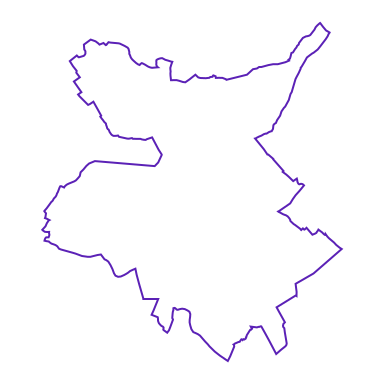 Beius, Bihor, Romania (Mercator projection)
{"feature_id": "2599482B17721412870044", "entity_name": "Beius", "entity_type": "district", "adm_level": 2, "iso_a3": "ROU", "parent_name": "Romania", "parent_adm1": "Bihor", "projection": "mercator", "projection_center": [22.351, 46.679], "detail": "fine", "context": "isolated", "style": "outline", "palette": "violet", "viewbox_px": 384, "rotation_deg": 0, "n_neighbors": 0, "source": "geoboundaries", "source_scale": "gbopen_adm2", "svg_char_len": 5845}
<svg xmlns="http://www.w3.org/2000/svg" viewBox="0 0 384 384"><path d="M230.2,356.3L234.2,346.6L234.0,344.9L233.6,344.5L234.2,344.2L234.8,343.6L238.5,342.0L239.7,341.8L240.1,341.1L240.8,340.1L241.4,339.3L242.4,339.5L242.7,340.0L243.5,339.2L244.4,339.5L245.7,338.6L245.9,338.1L245.9,337.3L246.3,337.1L246.8,335.2L249.5,330.9L250.2,329.9L250.8,329.9L251.6,328.9L252.1,328.7L252.2,328.1L251.8,327.8L251.3,327.6L250.8,326.6L256.9,327.4L258.4,326.9L259.3,326.9L260.4,326.4L260.9,326.3L261.3,326.4L265.1,333.2L269.3,340.9L276.2,354.0L281.0,349.8L285.5,346.2L286.4,344.9L286.7,343.4L284.8,332.1L284.3,328.2L283.2,326.9L283.0,325.8L283.4,323.9L284.9,322.3L279.1,311.9L276.6,307.3L295.7,295.5L296.5,296.0L296.5,295.8L296.6,291.9L295.6,283.8L313.5,273.5L341.7,249.0L339.4,247.5L336.2,244.9L334.0,242.5L328.9,238.2L327.3,236.5L325.6,234.1L325.5,234.9L325.1,235.0L324.0,234.3L323.6,233.9L321.9,232.2L320.9,231.5L318.4,229.6L317.9,230.6L317.0,231.7L316.3,232.9L314.9,233.7L312.4,234.7L307.1,228.5L306.5,227.8L305.6,228.7L304.5,229.6L304.2,229.6L302.9,228.4L301.2,230.0L300.8,229.6L300.2,228.8L295.0,224.9L293.7,224.1L290.5,221.1L290.2,220.4L290.2,219.8L290.0,219.4L289.3,218.3L288.4,217.2L287.7,216.4L286.6,215.7L286.0,215.3L284.5,214.8L283.0,214.2L280.0,212.5L278.7,211.9L278.2,211.5L279.0,211.1L290.2,203.4L292.9,199.0L295.6,195.2L299.3,191.1L304.0,185.4L303.1,184.5L302.4,184.1L301.7,183.9L300.9,183.8L299.5,184.3L299.0,184.2L298.5,183.8L297.9,182.9L297.4,181.6L297.2,180.0L296.8,178.6L293.2,181.1L288.7,176.7L286.2,174.5L282.7,171.9L283.5,171.0L273.2,159.3L273.3,158.9L268.2,154.5L267.4,154.5L263.9,149.3L255.1,138.5L256.2,138.2L256.6,137.8L259.0,136.6L261.5,135.6L263.8,134.2L265.6,133.6L266.6,133.6L268.9,132.1L271.3,131.2L271.7,131.2L273.0,128.9L273.4,125.2L274.4,123.9L275.9,123.0L277.1,120.1L280.1,115.7L281.5,111.4L283.9,107.9L285.2,106.6L288.8,100.0L290.5,94.1L291.7,92.1L295.5,79.1L296.6,76.9L298.7,73.0L300.7,68.6L300.7,67.7L301.6,66.7L305.1,60.8L306.9,57.5L308.3,56.4L312.3,53.4L313.5,52.8L317.7,49.5L320.2,46.4L325.7,39.2L327.6,36.3L328.6,34.0L329.2,33.3L329.6,32.5L326.3,30.6L326.0,30.4L323.0,26.8L320.3,23.2L320.1,23.0L319.2,23.7L317.3,25.4L315.6,27.3L314.5,29.6L310.3,35.0L309.3,35.6L307.7,36.1L305.9,36.4L302.9,37.9L299.0,43.0L298.7,44.5L297.1,45.9L296.4,47.5L295.1,49.0L293.0,52.4L291.4,53.0L290.6,56.4L289.9,58.7L288.5,59.7L289.1,60.6L285.4,62.2L277.8,64.2L273.1,64.2L268.4,65.1L261.4,67.0L259.1,67.0L256.9,68.5L253.0,69.2L247.0,74.7L226.4,79.8L226.1,79.3L222.5,77.9L218.9,77.8L215.8,77.9L215.6,76.3L214.1,75.7L213.6,75.4L213.0,75.6L212.5,76.8L210.3,77.0L209.3,77.8L205.8,78.2L200.3,78.0L198.2,77.4L195.4,74.7L189.5,79.4L185.3,82.3L182.9,82.0L179.2,80.8L176.5,80.1L171.0,80.2L170.5,75.6L170.4,73.4L170.6,71.5L170.4,69.6L170.3,67.9L171.2,64.8L172.3,61.8L171.2,61.6L168.1,60.6L165.3,59.8L162.3,58.2L161.5,58.2L160.7,58.3L159.4,58.6L157.8,59.2L156.9,59.7L156.4,60.2L156.3,61.4L156.4,62.4L156.3,64.2L156.3,64.8L156.8,66.1L157.3,66.8L157.9,67.3L152.0,67.8L150.5,67.5L149.3,67.1L147.8,66.4L145.1,64.7L142.8,63.5L141.8,63.1L140.7,63.8L139.6,65.0L138.1,64.4L136.1,63.0L133.3,60.5L132.0,59.2L130.8,57.5L130.0,55.2L129.3,53.9L129.3,51.8L128.7,49.7L128.7,49.2L127.7,47.7L124.6,45.9L119.8,43.6L118.4,43.3L110.5,42.6L108.5,42.2L106.5,44.7L106.2,44.5L105.7,45.0L104.8,44.3L103.5,43.0L99.5,44.6L98.3,43.4L96.2,41.8L95.5,41.3L93.0,40.4L90.7,39.6L83.9,44.6L84.3,49.6L84.8,50.2L85.4,51.3L85.4,53.6L85.1,54.3L84.7,54.9L83.7,55.9L78.9,57.3L78.1,56.8L76.8,55.5L69.8,61.1L73.0,66.2L76.7,70.9L76.3,72.7L79.8,77.3L73.9,81.5L81.4,92.2L78.1,94.5L79.5,96.3L88.1,104.9L90.0,104.0L93.4,101.7L97.5,109.0L101.2,115.7L100.3,116.6L102.1,119.1L102.6,119.6L104.3,122.0L105.8,123.4L106.0,123.8L106.1,124.8L106.9,127.0L107.0,127.5L107.2,128.2L107.8,129.1L108.3,129.4L108.6,129.6L109.2,130.9L109.6,132.0L111.2,134.3L111.9,135.0L113.3,135.8L114.0,135.9L116.4,135.8L118.0,135.5L119.0,136.8L127.2,138.6L128.8,138.7L132.0,138.1L132.9,138.8L140.6,138.9L141.8,139.4L144.0,139.8L145.7,139.9L146.8,139.2L152.1,137.4L158.6,149.7L161.7,154.5L161.6,155.2L158.2,162.5L154.7,166.1L94.9,161.1L89.1,163.5L86.4,165.9L83.4,169.5L80.6,172.3L80.0,175.1L79.7,176.2L77.6,178.6L75.9,180.4L74.2,181.4L68.8,183.6L67.2,184.4L66.4,184.9L65.5,185.7L64.8,186.3L64.1,187.5L61.2,186.2L60.5,186.2L60.2,186.3L60.0,186.7L59.5,187.7L57.8,192.2L57.0,193.5L56.5,195.1L55.7,196.6L53.8,198.6L52.8,200.5L52.4,201.0L51.0,202.3L50.5,203.1L46.6,208.4L45.2,210.0L44.3,211.1L44.9,212.0L46.0,213.3L45.5,216.7L45.0,218.1L46.5,218.6L49.4,220.1L48.5,220.6L47.6,222.1L46.9,223.1L45.5,226.3L42.3,229.8L42.7,230.3L44.8,231.8L47.0,232.0L49.1,231.9L49.0,232.8L49.4,234.8L49.2,235.7L48.6,237.3L46.4,237.3L46.1,237.4L45.3,238.3L44.8,239.5L44.5,240.7L46.7,241.2L48.8,241.5L49.6,242.3L51.4,243.6L53.8,244.4L55.6,245.1L57.3,246.3L59.0,248.7L61.0,249.5L72.5,252.7L75.5,253.6L82.0,256.0L87.7,256.8L90.4,256.8L97.6,255.0L100.9,254.5L104.5,259.3L106.4,260.2L108.3,261.6L110.5,265.1L112.5,269.2L114.0,273.3L115.5,275.7L118.1,276.8L120.8,276.5L124.2,275.0L126.5,273.7L128.2,272.6L130.0,271.1L132.8,269.8L135.4,268.7L136.6,274.6L139.1,283.9L143.2,298.1L143.3,299.0L156.6,299.0L158.2,299.0L153.5,310.6L151.6,314.8L157.7,317.2L157.9,318.0L158.0,319.2L158.0,320.5L158.2,321.4L158.9,323.2L160.1,324.6L161.4,325.9L162.8,326.6L163.5,327.4L163.6,327.8L163.5,328.5L163.3,329.5L163.5,330.0L167.2,332.7L167.7,332.0L169.0,330.3L170.4,326.7L173.0,319.6L172.9,319.2L172.5,318.6L172.3,318.1L172.3,317.5L172.6,313.8L172.8,312.1L173.0,311.2L173.4,310.1L173.4,309.1L173.4,308.2L174.3,307.9L175.1,308.1L176.2,309.1L176.7,309.6L177.8,309.8L179.9,309.1L182.2,308.7L184.8,309.1L187.6,310.5L189.4,311.7L190.3,314.1L190.1,317.0L189.7,319.7L189.6,322.4L190.3,325.6L191.4,329.2L193.3,332.1L195.4,333.0L197.8,334.1L200.0,335.6L205.1,341.5L207.8,344.3L209.5,346.4L214.8,351.6L219.9,355.6L227.8,361.0L230.2,356.3Z" fill="none" stroke="#5b21b6" stroke-width="2"/></svg>